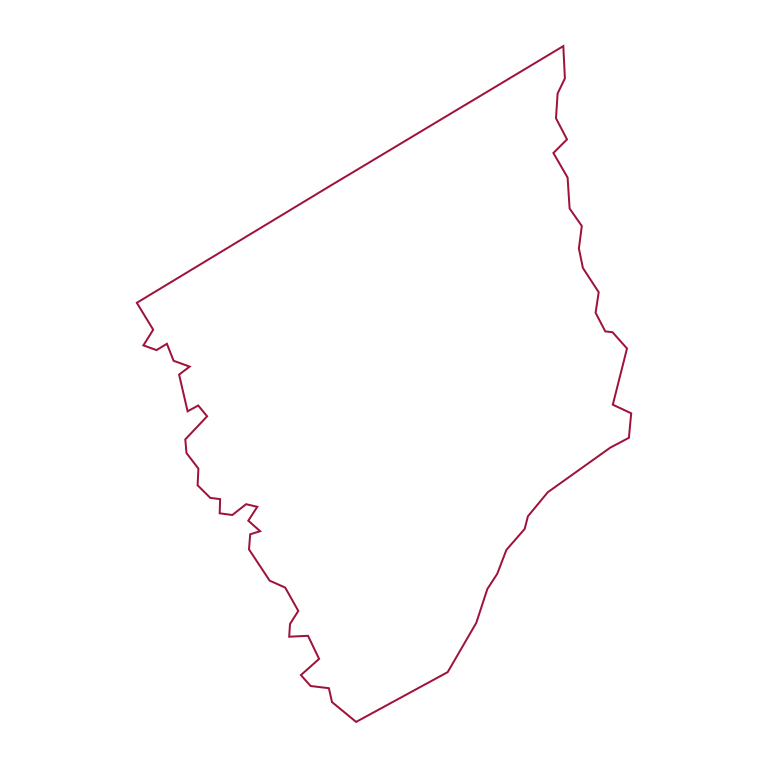 outline of Robertson, Texas, United States of America
{"feature_id": "52423323B69162906436111", "entity_name": "Robertson", "entity_type": "district", "adm_level": 2, "iso_a3": "USA", "parent_name": "United States of America", "parent_adm1": "Texas", "projection": "natural_earth1", "projection_center": [-96.543, 31.026], "detail": "fine", "context": "isolated", "style": "outline", "palette": "rose", "viewbox_px": 768, "rotation_deg": 0, "n_neighbors": 0, "source": "geoboundaries", "source_scale": "gbopen_adm2", "svg_char_len": 928}
<svg xmlns="http://www.w3.org/2000/svg" viewBox="0 0 768 768"><path d="M331.1,185.3L136.8,302.8L153.2,329.7L143.4,345.4L156.5,350.1L166.9,343.8L173.6,360.8L189.6,366.6L179.1,374.6L187.6,411.3L198.2,405.5L207.1,416.3L185.3,439.4L186.5,453.1L198.4,468.6L197.6,485.3L210.3,497.9L220.1,499.1L219.7,513.3L232.3,515.0L246.1,504.2L257.3,506.8L248.3,520.7L260.1,531.2L250.2,534.3L249.0,549.4L269.7,580.7L285.2,587.6L298.3,610.9L290.0,624.0L289.2,636.7L308.0,635.8L319.1,658.9L300.9,675.1L310.6,686.0L328.9,688.2L332.0,702.1L356.1,721.9L447.7,672.1L476.3,622.8L487.4,588.9L497.2,573.9L506.4,549.9L524.7,528.9L527.9,516.3L547.8,492.2L610.3,447.6L628.9,437.8L631.2,413.3L612.8,404.7L627.0,348.5L612.5,332.2L605.3,331.4L595.6,312.8L598.7,292.2L582.9,268.0L578.9,248.5L581.8,226.0L569.6,208.5L567.6,177.6L553.4,153.0L567.0,139.4L556.0,118.3L557.6,93.5L564.9,78.4L563.3,46.1L331.1,185.3Z" fill="none" stroke="#9f1239" stroke-width="2"/></svg>